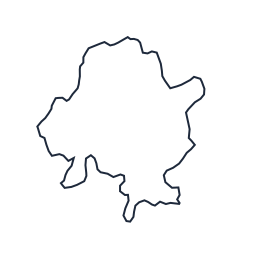 Goesan-gun, North Chungcheong, South Korea (Albers equal-area conic projection), rotated 70°
{"feature_id": "91817680B74553451927555", "entity_name": "Goesan-gun", "entity_type": "district", "adm_level": 2, "iso_a3": "KOR", "parent_name": "South Korea", "parent_adm1": "North Chungcheong", "projection": "albers", "projection_center": [127.853, 36.767], "detail": "fine", "context": "isolated", "style": "outline", "palette": "slate", "viewbox_px": 256, "rotation_deg": 70, "n_neighbors": 0, "source": "geoboundaries", "source_scale": "gbopen_adm2", "svg_char_len": 1653}
<svg xmlns="http://www.w3.org/2000/svg" viewBox="0 0 256 256"><g transform="rotate(70 128 128)"><path d="M42.5,97.2L44.4,108.0L44.8,112.3L44.3,116.5L39.2,120.7L39.2,125.0L39.6,137.7L43.3,142.4L46.2,145.7L51.3,147.6L53.7,151.9L56.5,153.3L57.1,153.5L63.1,155.6L66.4,157.5L70.2,159.4L73.5,161.8L77.2,168.4L81.0,173.6L81.5,176.4L77.2,179.2L75.8,183.5L75.3,185.8L81.0,192.0L83.8,193.4L87.1,197.6L90.4,202.4L92.3,207.1L95.6,212.7L97.5,212.7L98.9,212.8L105.5,213.2L108.8,209.9L115.9,210.4L122.5,210.4L128.1,209.0L129.1,201.4L131.9,198.1L138.5,195.3L137.6,189.2L144.2,193.9L147.5,199.5L150.8,202.8L155.5,206.1L156.9,209.9L158.9,209.3L162.6,208.0L164.0,201.4L164.0,195.3L163.0,187.3L158.8,183.5L156.0,182.6L148.4,180.7L142.3,177.9L140.9,172.2L145.1,169.8L150.3,169.8L156.4,170.8L160.2,168.9L164.0,162.8L169.1,158.5L169.1,151.0L171.5,148.1L176.7,149.5L179.5,155.2L184.7,157.1L189.9,153.8L190.8,150.9L196.5,152.3L202.6,158.0L208.7,162.2L214.9,161.3L216.7,158.0L213.4,153.3L208.7,150.9L203.5,147.6L201.6,142.9L201.6,137.3L204.4,134.4L208.2,131.6L210.1,129.2L208.2,123.1L212.4,118.4L212.9,113.7L216.8,105.9L216.1,105.2L211.9,106.2L208.6,102.4L201.1,101.0L199.2,107.1L191.7,111.4L184.6,110.5L181.3,106.2L180.8,99.2L178.9,92.1L175.6,86.9L171.4,81.3L169.5,76.1L166.7,71.0L161.5,72.8L158.2,74.3L150.2,70.5L143.7,69.6L133.3,68.2L131.0,64.9L126.7,56.4L125.3,49.8L122.5,45.1L117.3,42.8L114.5,42.8L109.8,42.8L106.5,43.2L102.5,48.5L104.2,53.1L105.6,63.0L105.6,67.7L105.1,74.7L96.2,77.1L91.0,78.0L85.8,76.6L78.8,75.2L72.2,75.2L67.0,75.2L64.2,79.4L64.6,84.1L62.3,88.3L51.9,87.4L48.6,88.8L46.3,92.0L45.3,95.3L42.5,97.2Z" fill="none" stroke="#1e293b" stroke-width="2"/></g></svg>